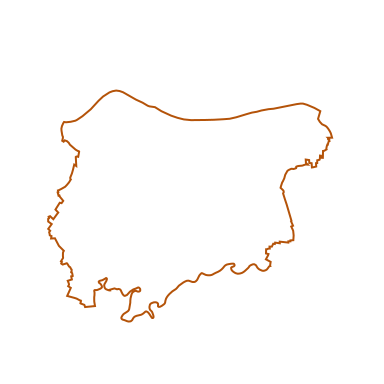 the district of Dong Anh, Ha Noi, Vietnam, rotated 168°
{"feature_id": "81297802B58266448529829", "entity_name": "Dong Anh", "entity_type": "district", "adm_level": 2, "iso_a3": "VNM", "parent_name": "Vietnam", "parent_adm1": "Ha Noi", "projection": "mercator", "projection_center": [105.849, 21.137], "detail": "fine", "context": "isolated", "style": "outline", "palette": "amber", "viewbox_px": 384, "rotation_deg": 168, "n_neighbors": 0, "source": "geoboundaries", "source_scale": "gbopen_adm2", "svg_char_len": 5995}
<svg xmlns="http://www.w3.org/2000/svg" viewBox="0 0 384 384"><g transform="rotate(168 192 192)"><path d="M139.9,255.8L146.5,256.7L155.5,258.1L164.1,259.7L178.0,262.5L184.9,264.7L190.8,267.6L196.5,271.0L205.1,277.4L210.6,282.7L215.8,284.6L217.4,285.6L221.7,289.6L227.6,294.0L238.7,303.9L241.8,305.8L245.1,307.0L248.7,307.1L252.0,306.6L259.1,303.9L264.4,300.7L273.8,294.0L283.4,288.9L289.4,286.5L291.2,286.0L296.1,285.9L300.8,286.4L302.6,287.1L303.6,286.1L305.5,283.5L306.6,281.1L306.9,279.0L307.1,274.3L306.8,272.9L307.0,271.8L308.0,269.7L308.3,269.1L307.1,267.9L305.8,269.0L303.7,267.7L302.3,265.7L301.6,263.7L297.1,257.7L295.3,256.0L294.2,255.4L294.0,254.9L296.0,250.1L296.8,250.5L297.6,250.7L298.1,250.6L298.4,250.4L299.8,241.5L301.5,243.3L303.8,238.5L305.6,235.1L308.1,231.4L308.3,229.7L308.0,229.4L310.3,227.0L312.8,225.0L315.0,223.5L319.1,222.2L321.7,221.5L322.8,221.4L322.8,219.5L323.5,219.5L323.3,216.1L322.4,216.2L322.2,214.8L319.8,210.1L321.9,208.2L323.6,209.0L326.9,205.6L329.2,203.2L327.1,199.7L328.9,198.2L333.3,194.2L335.9,197.9L337.4,197.6L337.3,196.1L338.3,195.6L338.8,193.0L335.9,189.8L340.3,185.8L338.8,183.5L340.1,182.4L340.0,180.8L340.1,179.2L338.6,178.1L339.5,175.8L335.7,175.2L333.4,167.0L329.6,161.1L330.4,160.2L330.9,159.2L331.6,156.1L331.7,154.9L331.9,154.2L334.6,151.4L333.8,150.6L334.8,149.2L334.4,148.7L333.5,147.9L332.8,148.0L332.1,148.1L331.1,148.1L329.6,148.4L329.0,148.1L327.7,144.6L327.2,144.1L326.9,143.9L326.7,143.5L326.4,142.0L325.9,141.2L325.9,140.9L326.1,140.2L326.2,139.5L326.3,139.2L326.9,138.8L326.9,138.6L326.4,138.2L326.1,137.6L326.1,135.0L326.2,134.6L327.7,134.6L327.7,131.4L332.0,131.0L331.5,128.0L331.5,127.4L331.6,126.9L332.7,125.6L332.3,125.2L330.5,123.4L335.7,116.3L328.9,112.8L327.0,111.7L324.3,109.4L323.8,109.1L323.4,109.0L323.2,108.6L324.3,106.3L324.1,106.1L320.8,104.0L320.7,103.8L320.5,101.7L310.6,100.6L310.4,105.0L310.1,106.7L309.5,109.5L308.9,111.2L308.3,113.6L308.2,115.6L308.0,116.0L307.8,116.2L307.4,116.3L305.8,115.9L304.9,115.9L301.7,116.5L300.5,117.0L299.9,117.6L299.8,118.1L299.8,118.9L300.2,120.3L300.9,121.6L301.8,122.5L301.9,123.1L301.8,123.8L301.3,124.1L300.7,124.3L297.9,124.4L295.0,125.3L294.3,125.6L293.9,125.7L293.5,125.4L293.3,124.9L293.5,124.1L294.3,122.8L296.1,120.8L296.9,119.9L297.3,118.9L297.4,117.6L297.3,116.5L296.8,115.3L296.2,114.7L294.9,113.8L293.7,113.1L293.3,112.9L292.7,112.8L292.8,113.5L287.9,113.8L285.5,112.4L284.3,112.5L283.8,112.3L283.1,112.0L282.5,111.5L282.1,110.7L281.6,108.4L281.0,106.3L280.3,105.1L279.7,104.5L279.3,104.4L278.9,104.4L277.0,104.8L273.4,107.4L269.7,108.9L266.8,109.3L264.7,109.8L264.4,109.8L264.0,109.6L263.6,109.3L263.3,108.8L262.9,108.0L263.0,106.8L263.3,106.1L263.8,105.8L264.7,105.6L265.6,105.8L266.3,106.2L267.1,106.8L268.1,107.1L269.1,106.9L270.4,106.5L271.4,105.8L272.4,104.5L274.2,100.8L274.9,98.6L275.4,96.5L277.8,90.5L278.4,89.6L279.2,88.9L280.8,88.2L284.2,86.9L285.5,85.9L286.7,84.6L287.2,83.8L287.3,83.1L287.1,82.4L286.5,81.7L284.5,80.6L282.3,79.1L281.0,78.5L279.7,78.3L278.8,78.3L278.1,78.6L277.1,79.2L276.0,80.5L274.9,81.5L273.9,82.0L272.1,82.4L267.5,82.5L266.5,82.7L264.9,83.3L262.4,84.7L261.9,84.7L261.4,84.6L260.7,84.1L260.1,83.5L259.3,82.1L257.5,77.5L257.1,77.0L256.6,76.9L256.1,77.0L255.7,77.5L255.5,78.3L255.5,79.5L255.8,81.9L256.0,83.0L256.5,84.0L257.4,85.3L257.6,86.1L257.7,87.4L257.5,88.5L256.5,90.7L255.3,91.5L254.0,91.8L252.3,92.0L250.9,91.8L250.0,91.5L249.1,90.9L248.8,90.5L248.5,89.9L248.5,89.3L248.9,87.8L249.0,87.3L248.8,86.9L248.3,86.5L247.2,86.4L245.3,86.9L242.8,88.0L241.9,88.6L241.3,89.4L240.6,91.2L239.6,93.0L238.5,94.3L237.1,95.6L235.3,96.9L231.9,98.9L228.0,100.4L227.0,101.0L224.3,103.1L219.3,105.3L217.7,105.8L215.9,106.2L215.1,106.2L213.9,106.0L212.9,105.5L210.5,104.0L209.6,103.7L208.3,103.5L207.6,103.6L206.8,103.9L205.2,105.0L202.2,108.8L201.2,109.6L199.8,110.5L199.3,110.6L198.9,110.4L196.4,108.5L195.5,107.9L193.9,107.3L191.7,106.8L190.0,106.8L188.7,107.1L187.5,107.5L185.2,108.1L183.2,108.5L181.0,109.2L179.2,110.1L177.8,111.0L175.4,112.9L174.4,113.4L172.9,113.8L171.0,113.8L168.9,113.7L167.3,113.5L166.4,113.3L165.9,113.0L165.6,112.2L165.6,111.5L165.9,111.0L166.5,110.6L168.9,110.2L169.5,109.7L169.6,108.7L169.5,107.6L169.1,106.7L168.4,105.7L167.7,104.9L166.3,103.6L164.4,102.6L163.1,102.4L161.8,102.3L159.9,102.5L158.3,103.0L156.8,103.7L152.9,106.0L152.0,106.7L151.2,107.6L149.7,108.2L148.2,108.5L147.2,108.6L146.0,108.3L144.8,107.2L144.5,106.7L144.2,105.6L143.6,104.1L142.8,102.9L141.9,102.0L139.8,100.5L138.8,100.1L137.6,100.0L136.1,100.2L134.8,100.7L133.6,101.7L132.2,103.0L131.5,103.3L130.8,103.3L130.9,103.9L129.6,107.3L133.7,110.8L130.7,114.3L130.1,115.4L132.4,116.5L131.4,120.6L130.4,120.4L129.8,120.6L129.1,120.7L127.7,120.5L127.5,122.5L125.2,122.0L123.3,124.5L121.8,123.9L121.2,125.2L116.8,123.6L116.5,125.2L108.3,122.5L108.0,123.7L106.0,123.3L105.8,124.2L102.9,123.8L101.6,128.4L101.1,133.0L101.3,134.1L102.1,137.6L100.2,138.0L101.2,142.8L100.7,143.1L102.0,160.1L102.6,165.4L103.2,171.7L102.3,172.8L102.2,173.9L102.6,174.9L104.5,177.7L103.7,179.3L101.8,182.6L101.0,183.4L98.9,186.2L97.2,189.5L94.3,192.8L93.7,193.1L92.6,193.5L90.3,194.0L89.6,194.0L88.0,193.4L87.5,193.4L85.6,193.6L85.2,193.7L85.0,194.1L84.9,194.9L84.7,195.1L83.6,195.3L82.2,195.3L79.0,194.9L78.1,194.9L77.1,195.1L74.7,195.3L73.9,194.9L73.1,194.7L74.5,196.8L74.0,200.1L70.8,198.9L71.2,196.0L69.0,195.3L69.6,191.1L68.4,191.0L65.2,191.1L64.7,194.4L63.5,194.3L62.9,197.0L60.6,197.0L60.2,197.6L59.8,198.7L59.2,201.0L58.4,200.7L58.8,198.7L56.9,198.2L55.3,204.9L54.2,204.8L51.5,205.7L51.6,206.5L50.9,208.2L50.4,209.2L49.7,210.3L49.3,210.1L48.2,212.4L47.5,213.2L47.0,213.2L47.0,213.7L46.8,214.4L46.8,214.7L47.9,215.2L47.8,216.2L47.6,216.5L47.8,216.8L43.7,216.0L44.0,220.5L44.5,222.6L45.7,225.8L46.8,227.9L47.8,229.0L50.7,231.2L52.4,234.1L53.5,237.3L49.7,244.4L54.8,248.8L61.4,253.4L65.1,255.4L67.4,255.9L71.5,256.2L94.9,256.5L99.9,257.1L107.1,257.3L111.9,257.0L116.9,257.2L122.6,256.8L133.1,255.9L139.9,255.8Z" fill="none" stroke="#b45309" stroke-width="2"/></g></svg>